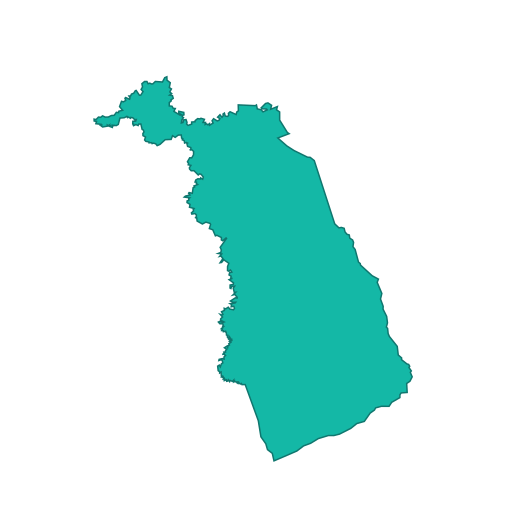 Santuk, Kâmpóng Thum, Cambodia, rotated 72°
{"feature_id": "14789045B50738302536957", "entity_name": "Santuk", "entity_type": "district", "adm_level": 2, "iso_a3": "KHM", "parent_name": "Cambodia", "parent_adm1": "Kâmpóng Thum", "projection": "natural_earth1", "projection_center": [105.23, 12.591], "detail": "fine", "context": "isolated", "style": "filled", "palette": "teal", "viewbox_px": 512, "rotation_deg": 72, "n_neighbors": 0, "source": "geoboundaries", "source_scale": "gbopen_adm2", "svg_char_len": 6049}
<svg xmlns="http://www.w3.org/2000/svg" viewBox="0 0 512 512"><g transform="rotate(72 256 256)"><path d="M456.4,302.2L454.1,277.4L451.3,269.4L451.0,261.9L448.9,253.2L449.1,242.7L450.8,237.5L451.2,231.6L449.2,219.0L446.5,211.9L446.8,204.1L440.7,196.0L439.1,190.9L437.4,189.2L437.7,183.1L440.1,175.9L437.1,172.2L435.1,162.9L432.4,162.0L431.1,160.2L432.5,154.4L423.8,152.1L422.7,148.3L419.2,144.8L414.3,145.2L413.3,143.8L409.3,145.0L408.4,143.9L406.3,144.3L405.3,145.8L399.6,149.6L397.9,149.0L394.1,151.3L385.6,149.6L373.8,154.0L370.6,154.3L365.5,153.2L363.9,154.0L360.2,151.6L353.8,150.4L345.8,151.6L343.1,150.6L335.4,150.9L330.5,147.9L318.5,148.9L315.8,146.7L310.7,151.6L297.0,159.4L295.4,159.2L293.5,160.4L280.4,159.7L277.1,160.9L273.2,159.0L270.6,159.2L268.0,161.3L264.8,160.8L263.4,162.8L260.5,163.9L256.9,163.6L255.2,166.0L254.9,168.4L249.7,171.2L183.3,171.1L178.9,174.0L178.0,176.4L167.5,187.2L160.9,192.6L150.5,198.8L149.9,186.7L148.2,188.0L134.1,191.5L126.3,189.0L123.3,191.3L120.5,189.5L121.0,196.8L117.5,194.6L114.1,197.3L113.9,199.8L116.7,205.3L117.9,204.7L119.5,200.5L120.5,200.1L121.1,204.8L118.5,205.9L116.5,209.3L112.5,208.9L112.8,210.2L106.8,226.2L112.5,227.9L113.1,229.8L115.3,231.2L110.8,236.1L111.8,238.2L113.7,238.5L114.5,239.8L113.5,242.0L110.3,241.9L110.8,243.5L112.4,243.8L113.6,245.5L110.5,246.6L112.1,249.6L114.3,247.9L115.5,249.3L115.6,251.1L112.3,253.9L113.8,256.0L116.3,255.7L117.3,259.7L115.7,259.3L116.4,261.2L115.1,262.1L115.2,263.7L113.4,262.7L112.6,265.1L110.1,262.8L108.0,265.8L108.3,267.0L107.3,269.0L108.4,272.0L109.5,272.5L108.7,275.8L110.7,276.4L110.8,280.3L109.1,281.2L107.6,280.3L104.6,280.4L104.2,282.8L106.5,284.2L106.4,285.9L103.5,284.4L102.0,282.2L100.7,283.2L99.6,282.4L99.5,280.9L97.1,280.3L94.5,284.7L96.2,285.3L98.8,283.1L98.6,284.7L93.1,289.4L90.8,287.2L90.0,289.1L87.6,289.6L86.5,292.1L83.3,291.1L82.3,288.7L81.3,288.7L80.5,286.0L77.7,285.9L76.3,288.5L75.5,286.0L73.3,287.3L71.0,284.8L69.0,286.4L64.7,284.0L61.3,286.3L58.0,285.4L58.2,287.7L61.6,291.2L58.9,297.8L60.4,300.9L60.1,302.2L58.8,303.6L58.8,305.4L56.3,305.8L55.6,308.1L56.9,311.3L60.2,311.7L62.1,313.8L64.7,312.6L67.4,315.9L67.1,317.2L61.5,318.8L61.5,319.7L63.4,322.0L63.5,324.4L65.1,325.9L64.6,327.4L66.6,326.9L67.9,327.8L65.0,331.0L65.5,331.9L67.8,331.8L68.4,334.5L67.3,336.1L71.8,339.6L76.2,337.8L75.9,341.7L77.2,342.4L76.2,344.4L78.4,347.4L77.7,350.1L78.2,353.5L77.3,356.5L75.3,358.6L76.1,360.9L75.2,362.9L76.8,365.9L75.8,367.7L77.6,368.2L78.8,366.1L80.7,367.4L82.8,362.9L83.4,363.6L83.9,362.3L84.5,363.0L85.9,362.0L86.6,357.1L85.6,356.9L86.4,356.3L86.1,355.0L86.7,355.5L87.0,354.4L87.5,355.2L89.3,352.9L87.2,352.2L88.2,351.1L87.3,350.2L88.0,350.4L88.8,348.6L88.3,346.3L82.8,342.8L83.8,338.5L83.3,335.7L84.5,335.5L84.1,334.9L86.2,332.8L85.5,332.3L86.4,330.5L88.9,329.2L89.2,327.7L90.6,328.8L89.8,331.5L92.2,332.4L93.1,331.2L92.8,332.3L94.2,332.2L93.9,329.6L95.5,327.8L94.3,326.8L94.9,324.7L100.4,325.2L101.4,324.2L103.4,324.2L104.5,325.7L106.6,326.3L108.7,324.3L111.2,326.1L112.9,325.4L114.4,322.6L115.3,322.8L116.0,320.2L117.0,320.1L117.0,318.6L118.3,316.7L120.5,315.9L120.2,312.8L117.3,306.4L118.9,300.7L115.8,298.2L118.2,296.2L117.0,292.6L117.8,289.7L120.9,290.3L121.7,289.4L122.7,290.2L124.1,288.6L126.5,289.0L126.5,287.2L127.5,286.2L127.8,287.0L130.6,287.2L132.7,284.5L134.3,284.9L134.8,286.3L135.1,284.3L137.2,283.0L140.5,284.2L142.8,286.8L142.1,288.7L145.2,292.1L147.0,291.5L148.3,292.3L149.7,289.9L151.5,292.1L152.8,292.3L154.9,291.3L155.7,288.6L161.1,285.9L160.4,284.3L161.4,282.9L164.6,281.7L166.5,283.0L164.7,284.5L165.6,285.0L164.6,287.4L165.1,289.8L166.8,291.1L167.4,289.8L168.6,290.3L170.0,289.4L170.2,293.3L171.4,293.1L171.6,294.7L176.7,297.2L175.0,300.0L175.5,300.7L177.6,300.0L177.2,304.6L177.8,306.0L180.2,301.1L180.6,302.2L182.2,302.7L182.3,304.5L183.9,305.1L186.5,302.8L189.1,304.2L191.7,300.2L192.5,301.4L193.9,301.5L195.0,304.1L196.3,304.1L196.8,300.9L198.5,300.0L200.6,300.8L200.7,302.2L201.4,300.6L204.6,301.2L209.0,297.1L208.3,293.2L210.8,289.6L211.9,289.4L215.5,291.9L217.7,289.0L224.3,288.4L224.2,286.8L227.7,283.2L230.0,284.0L231.2,283.0L229.6,278.9L230.2,278.6L236.7,287.4L239.5,287.1L241.7,288.3L241.9,291.2L243.5,288.0L245.1,290.7L245.2,289.3L248.2,288.3L251.3,292.2L251.5,290.7L249.6,287.8L254.5,284.1L257.2,286.3L261.1,287.6L262.2,286.4L261.3,284.8L262.0,284.4L263.9,284.0L263.8,286.3L265.7,287.5L267.5,285.9L269.4,286.9L270.0,285.3L270.2,288.9L274.6,285.7L276.0,286.4L275.6,289.6L278.5,290.6L279.2,289.9L277.5,288.8L278.1,285.7L279.6,287.6L283.9,287.9L284.2,286.5L285.9,289.9L286.0,288.1L289.5,286.6L290.2,287.0L289.4,288.5L290.9,294.2L292.9,292.3L293.7,289.6L294.2,290.4L293.4,295.3L294.6,294.2L296.6,295.3L297.0,292.7L299.1,292.6L300.2,294.0L298.4,297.3L296.1,298.2L296.9,301.1L295.9,302.4L298.0,302.9L298.3,306.0L301.4,305.5L301.6,306.7L300.6,308.0L303.7,306.7L304.9,309.1L306.1,309.5L308.9,306.7L309.0,308.2L307.0,310.8L307.2,312.2L309.3,311.3L310.2,308.6L311.6,308.5L312.5,309.3L313.0,308.5L314.5,311.5L315.1,310.5L316.3,311.7L317.0,310.2L317.9,310.4L318.2,307.5L318.5,308.6L319.6,307.9L322.1,308.5L322.8,307.2L324.1,308.3L325.9,307.7L324.5,306.2L326.0,305.8L326.8,307.2L327.6,304.8L328.6,305.0L327.9,306.0L328.8,307.8L329.6,307.3L328.6,306.1L330.3,306.4L331.0,309.0L332.4,308.8L332.6,310.3L334.2,311.2L332.7,311.4L333.5,314.4L335.6,312.8L337.0,314.6L338.0,314.7L337.5,316.3L338.7,316.3L339.3,318.5L339.4,316.8L341.1,315.7L342.2,317.7L344.2,318.2L343.2,319.6L342.9,323.0L343.9,323.6L343.9,321.3L344.9,320.4L347.4,320.6L347.9,322.3L350.4,324.2L348.4,324.6L348.9,326.5L353.4,327.4L354.9,326.3L356.0,326.7L355.6,325.1L359.5,326.1L359.9,324.7L360.9,324.5L360.9,325.5L361.8,324.2L362.9,325.1L363.0,323.2L363.3,324.3L364.7,324.7L364.5,322.5L366.1,322.6L366.2,321.5L365.1,320.6L367.3,319.9L366.3,319.1L368.0,317.1L367.1,315.5L368.7,316.1L368.3,315.1L369.0,315.3L370.1,312.3L370.9,313.8L370.8,313.0L371.8,312.4L371.2,311.5L372.9,310.5L372.7,309.3L374.0,309.1L374.9,306.0L413.4,304.7L429.5,307.2L437.6,304.7L443.7,304.9L448.7,301.5L456.4,302.2Z" fill="#14b8a6" stroke="#0f766e" stroke-width="1.5"/></g></svg>